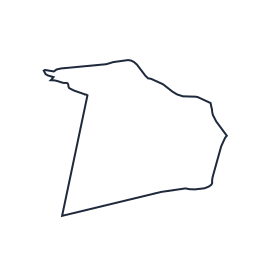 an SVG outline of Kgatleng, rotated 251°
{"feature_id": "BWA-2646", "entity_name": "Kgatleng", "entity_type": "District", "adm_level": 1, "iso_a3": "BWA", "parent_name": "Botswana", "parent_adm1": "", "projection": "mercator", "projection_center": [26.553, -24.114], "detail": "fine", "context": "isolated", "style": "outline", "palette": "slate", "viewbox_px": 256, "rotation_deg": 251, "n_neighbors": 0, "source": "natural_earth", "source_scale": "10m", "svg_char_len": 913}
<svg xmlns="http://www.w3.org/2000/svg" viewBox="0 0 256 256"><g transform="rotate(251 128 128)"><path d="M209.6,67.0L209.9,68.4L205.6,76.3L206.6,79.6L206.1,84.1L195.4,128.2L195.1,135.6L192.2,150.2L190.6,153.1L188.2,155.3L185.0,157.1L171.6,161.5L168.4,163.2L167.1,165.7L157.9,175.4L148.0,181.8L143.9,185.2L140.1,190.2L135.6,202.1L134.5,204.0L124.7,214.2L121.2,213.7L118.5,213.5L115.6,212.8L112.7,212.5L105.6,213.5L88.5,218.9L87.1,216.6L80.4,210.2L68.4,201.9L55.9,193.3L53.5,191.7L50.5,190.2L48.8,189.8L47.3,188.5L46.3,185.3L46.1,180.6L48.2,171.2L50.1,166.3L52.2,162.6L56.8,138.3L66.4,37.1L172.1,100.3L172.7,99.8L173.3,99.2L173.7,98.1L174.0,98.0L181.0,89.1L184.8,85.4L186.0,85.2L188.8,85.6L190.0,85.4L190.6,84.6L191.5,82.0L192.1,80.9L195.6,76.2L197.1,73.7L198.3,70.6L198.7,71.5L199.9,73.2L200.4,74.1L203.9,69.2L205.8,67.6L208.7,67.2L209.6,67.0L209.6,67.0Z" fill="none" stroke="#1e293b" stroke-width="2"/></g></svg>